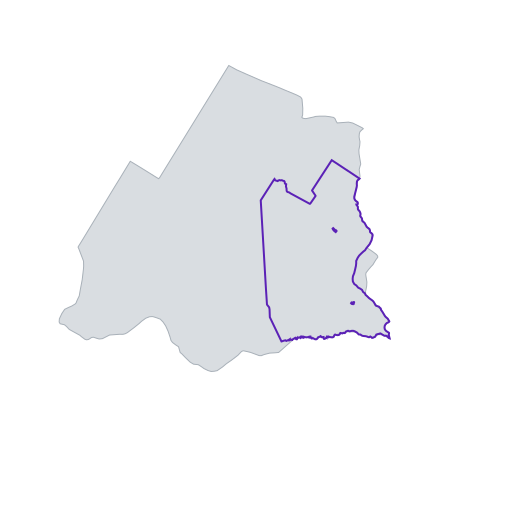 where Central sits in Botswana, rotated 34°
{"feature_id": "BWA-2630", "entity_name": "Central", "entity_type": "District", "adm_level": 1, "iso_a3": "BWA", "parent_name": "Botswana", "parent_adm1": "", "projection": "albers", "projection_center": [27.183, -21.474], "detail": "fine", "context": "in_parent", "style": "outline", "palette": "violet", "viewbox_px": 512, "rotation_deg": 34, "n_neighbors": 0, "source": "natural_earth", "source_scale": "10m", "svg_char_len": 7902}
<svg xmlns="http://www.w3.org/2000/svg" viewBox="0 0 512 512"><g transform="rotate(34 256 256)"><path d="M273.8,90.5L273.2,92.3L272.7,94.9L273.3,96.9L274.8,99.5L276.8,101.7L278.3,103.1L280.2,106.4L282.0,110.6L284.4,113.8L291.4,121.2L292.2,123.9L293.2,126.6L297.6,131.7L298.3,133.4L298.1,136.8L302.6,147.2L305.6,153.3L308.1,154.4L316.1,160.8L323.0,166.0L331.2,169.5L337.1,171.8L340.0,173.5L341.5,175.1L342.7,178.3L343.3,183.7L343.5,187.2L349.9,187.1L355.2,187.4L357.0,188.1L357.7,189.1L357.5,191.4L357.6,194.8L357.8,197.6L357.3,200.6L356.9,204.1L356.6,208.4L357.4,210.1L362.5,215.6L364.6,219.1L366.8,224.4L368.2,226.2L369.2,226.9L373.8,227.5L385.5,229.8L392.8,231.9L398.5,234.1L400.9,234.7L402.1,235.2L402.4,235.8L401.7,240.4L401.9,241.9L402.5,243.3L403.5,244.3L404.7,245.0L409.0,245.6L411.6,248.4L413.2,249.8L405.4,250.3L401.5,252.7L399.1,256.9L395.6,259.9L390.7,261.8L385.6,263.2L380.2,263.8L374.5,267.4L368.4,273.9L365.2,278.0L365.1,279.7L363.8,281.1L361.2,282.4L359.7,283.8L359.3,285.6L358.0,286.4L355.5,286.3L353.8,287.6L352.8,290.2L350.7,291.7L347.4,292.3L344.5,293.7L342.1,296.1L340.3,297.3L339.0,297.4L337.0,299.3L333.7,303.9L333.2,306.0L328.7,323.3L326.3,325.3L321.6,328.9L317.8,333.2L316.1,335.7L314.3,336.8L305.6,338.9L302.3,340.1L298.4,341.7L297.4,343.2L296.5,348.5L293.9,356.2L291.7,361.8L290.3,366.7L287.9,372.8L285.8,374.9L283.4,376.8L280.2,377.8L275.9,378.4L271.9,378.3L268.9,378.4L264.7,380.6L260.7,380.8L254.4,379.7L249.3,378.6L247.1,378.4L242.5,374.5L239.6,374.6L235.2,374.4L232.7,373.5L230.4,371.5L225.3,367.6L220.3,364.5L215.9,362.7L211.9,361.9L208.1,362.8L205.1,363.7L203.9,364.2L201.7,365.9L199.4,369.2L197.6,374.2L196.9,377.2L194.9,383.7L192.2,391.5L190.9,393.8L189.4,395.4L186.9,397.0L178.8,403.4L174.9,410.4L172.4,412.5L169.3,413.5L166.7,414.2L165.3,415.4L163.8,418.9L162.4,420.2L160.8,420.7L156.1,420.5L154.6,420.2L142.2,421.3L138.4,420.4L135.7,420.1L131.5,421.7L129.7,420.8L128.1,418.0L127.2,412.2L127.2,407.2L129.4,403.4L131.2,400.6L132.9,396.9L133.1,395.3L132.7,393.9L132.2,391.0L131.8,388.0L128.9,381.5L125.2,372.9L120.3,363.4L118.8,360.8L115.9,356.7L105.1,349.1L103.5,348.1L103.4,347.2L103.1,339.4L102.6,329.0L102.1,318.7L101.6,308.3L101.1,298.0L100.6,287.6L100.1,277.3L99.7,266.9L99.2,256.5L98.8,247.8L106.4,247.4L115.8,247.0L127.1,246.6L132.0,246.4L132.3,245.0L132.0,238.5L131.4,223.8L130.8,209.0L130.2,194.3L129.6,179.6L129.0,164.8L128.4,150.1L127.8,135.3L127.2,120.6L126.9,113.3L135.7,112.5L145.9,110.7L162.3,107.7L177.7,104.2L187.7,102.2L199.6,99.8L203.7,99.3L204.8,99.5L206.4,100.2L212.2,107.4L215.8,113.0L216.5,115.4L217.2,115.6L218.8,115.2L220.6,114.2L226.1,108.5L227.3,107.0L230.8,104.3L235.1,101.4L239.0,99.4L242.9,97.7L244.8,98.0L247.0,99.4L248.9,100.3L257.8,93.3L261.8,91.7L272.4,90.3L273.8,90.5Z" fill="#d9dde1" stroke="#a8b0b8" stroke-width="1"/><path d="M298.6,133.9L298.5,134.7L298.0,136.0L297.9,136.7L298.0,137.6L298.3,138.3L299.1,139.7L300.2,141.1L301.0,142.7L304.3,151.9L305.2,153.2L306.5,154.1L308.0,154.5L309.9,154.5L310.2,154.7L310.6,154.9L310.8,155.2L311.2,155.7L311.3,155.9L311.0,156.7L310.8,157.2L310.6,157.3L311.0,157.6L312.3,157.9L313.0,158.3L314.0,159.8L314.6,160.4L315.3,160.6L316.6,160.9L317.3,161.2L318.6,162.1L319.2,162.7L319.5,163.4L319.8,164.2L320.2,164.7L320.9,165.0L322.4,165.4L322.9,165.7L323.0,165.8L323.3,166.1L323.7,166.7L324.3,167.3L324.8,167.6L325.5,167.7L326.3,167.7L327.6,167.9L331.4,169.9L332.7,170.1L333.8,170.1L334.9,170.2L336.0,170.9L336.3,171.2L336.9,172.1L337.3,172.4L337.7,172.5L338.1,172.5L338.4,172.5L338.8,172.5L339.5,172.6L340.2,172.8L340.8,173.2L341.3,173.9L343.0,178.3L343.6,182.6L343.1,187.8L343.2,190.2L342.5,192.3L341.8,195.3L341.3,197.9L341.3,200.5L341.8,204.0L343.2,206.1L344.4,208.4L345.8,212.0L347.0,215.3L347.7,218.6L348.9,220.9L350.6,223.0L353.2,224.3L355.6,224.3L358.4,225.1L360.6,224.8L362.9,224.8L364.8,225.9L367.4,226.1L367.8,226.5L368.2,226.8L368.8,227.0L370.7,227.2L373.2,227.7L377.2,227.8L378.5,228.0L379.8,228.5L382.5,229.9L383.3,230.1L383.8,230.0L384.4,229.8L385.6,229.5L385.9,229.3L386.3,229.3L387.4,229.6L388.4,229.7L388.8,229.8L390.1,230.9L391.6,231.4L396.5,233.7L397.6,234.0L399.6,234.2L400.6,234.4L401.2,234.8L402.5,235.3L403.1,235.7L403.1,236.4L402.7,237.3L402.1,238.1L401.8,238.9L401.6,240.4L401.8,242.0L402.5,243.4L403.5,244.5L404.7,245.1L405.9,245.4L409.1,245.3L409.3,245.4L409.6,245.8L409.8,246.2L410.0,246.9L410.2,247.2L412.8,249.5L412.1,249.7L411.2,249.6L409.4,249.2L408.5,249.3L407.8,249.7L407.3,250.2L406.7,250.4L402.6,250.6L402.3,250.7L401.6,251.6L401.6,251.8L401.1,252.1L400.5,252.8L399.7,253.8L399.9,256.3L399.7,256.8L399.4,257.1L398.6,258.5L398.0,259.0L396.6,258.8L395.8,258.8L395.5,259.3L395.3,260.0L394.8,260.3L394.1,260.5L393.4,260.6L391.9,261.1L389.5,262.4L388.3,262.8L387.4,262.8L386.8,262.7L386.2,262.8L385.5,263.4L384.9,263.6L382.8,263.0L380.1,263.2L378.8,263.5L377.6,264.2L377.1,264.6L375.8,266.1L375.5,266.3L374.7,266.3L374.3,266.4L374.0,266.6L373.0,268.0L372.8,268.3L372.7,268.8L372.8,269.2L372.9,269.5L372.9,269.8L372.6,270.3L372.3,270.5L372.0,270.7L371.6,270.7L371.4,270.9L371.2,271.1L371.0,271.6L370.9,271.9L370.4,272.1L369.6,272.3L369.0,272.6L368.9,273.0L369.2,273.7L369.1,274.6L368.7,275.3L368.1,275.8L367.7,276.1L367.1,276.4L366.4,276.7L365.7,276.8L365.3,277.2L365.3,278.0L365.6,279.5L365.1,280.5L363.9,281.3L362.5,281.9L361.3,282.2L361.5,282.9L360.9,283.1L360.2,283.0L359.9,283.0L359.9,283.5L360.0,283.8L360.1,284.0L360.3,284.2L360.4,284.4L360.2,284.4L360.2,284.5L359.9,284.7L359.4,286.1L359.2,286.4L358.7,286.7L358.2,286.5L357.3,285.4L356.0,286.5L355.6,286.7L355.2,286.5L354.7,286.3L354.3,286.3L354.0,287.3L353.4,288.0L353.3,288.5L353.2,288.7L353.2,288.9L353.1,289.1L352.9,289.1L352.9,289.5L353.0,289.8L353.0,290.0L352.9,290.8L352.4,291.5L351.7,291.9L351.0,292.1L349.6,292.2L349.2,292.3L348.8,292.7L348.6,293.1L348.2,293.3L347.8,293.1L348.0,292.6L347.8,292.5L347.3,292.7L346.9,292.9L346.8,293.1L346.5,293.5L346.1,293.7L345.8,292.6L345.3,293.0L344.5,294.2L343.9,294.7L343.4,295.2L342.1,295.8L340.9,296.2L340.5,296.6L341.0,297.3L340.6,297.5L340.3,297.5L340.1,297.3L339.8,297.0L339.7,297.3L339.5,297.6L339.4,297.8L339.1,297.5L338.7,297.3L338.4,297.4L338.2,297.7L338.4,298.1L338.6,298.4L338.8,298.6L338.7,299.0L338.3,298.8L337.9,298.8L337.6,299.1L337.3,299.5L337.5,299.5L336.9,300.0L336.7,300.2L336.6,300.5L336.4,300.4L336.2,300.3L336.2,301.0L336.4,301.6L336.5,302.1L336.0,302.5L335.4,302.5L335.1,302.1L334.9,301.6L334.6,301.5L334.3,301.8L333.7,303.2L333.1,304.4L332.9,305.1L333.0,305.4L332.8,305.5L332.2,305.5L331.7,305.9L331.0,307.0L330.9,306.8L330.6,306.4L330.5,306.2L330.2,306.9L329.9,307.4L329.2,308.5L328.8,309.3L328.7,309.4L328.5,309.5L327.8,309.4L327.6,309.4L326.7,310.3L325.2,312.2L325.1,312.5L324.9,312.6L301.7,299.0L297.1,292.7L295.6,291.2L292.7,290.3L292.3,290.1L292.0,289.8L282.1,277.0L228.8,207.2L228.2,182.5L228.3,181.8L229.2,182.3L229.6,182.5L230.0,182.4L232.1,181.8L232.2,181.6L232.2,181.4L232.1,181.2L232.9,180.1L233.1,179.9L233.4,179.8L233.8,179.7L234.2,179.5L234.8,178.9L235.1,178.7L236.4,178.5L236.9,178.3L237.2,178.1L237.5,178.1L238.0,178.3L238.4,178.6L239.3,179.6L240.0,179.8L240.4,179.6L240.9,179.6L241.8,181.4L242.3,181.9L243.6,183.0L244.6,184.4L245.2,185.0L246.0,185.3L246.6,185.2L247.8,184.8L248.6,184.7L249.1,184.8L249.4,184.8L271.1,182.7L271.5,182.6L271.6,182.2L271.7,181.8L271.8,173.4L271.8,173.0L271.6,172.7L265.9,170.4L265.8,170.2L265.2,134.2L265.5,134.2L298.6,133.9L298.6,133.9ZM306.8,190.2L305.0,189.8L304.4,189.7L304.2,190.5L305.1,191.0L306.9,191.5L308.7,191.6L308.8,190.2L308.1,189.9L307.3,190.1L306.8,190.2ZM362.4,242.1L362.6,242.0L362.9,241.8L363.4,241.7L363.5,241.4L363.5,241.0L363.7,240.9L363.6,240.7L363.3,240.5L363.3,240.2L363.4,239.9L363.3,239.6L363.1,239.4L362.8,239.5L362.6,239.9L362.6,240.1L362.3,240.4L362.3,240.7L362.0,240.9L361.8,240.9L361.5,240.8L361.2,241.0L361.2,241.3L361.3,241.5L361.2,241.7L361.2,242.0L361.6,242.1L361.9,241.9L362.1,241.9L362.4,242.1Z" fill="none" stroke="#5b21b6" stroke-width="2"/></g></svg>